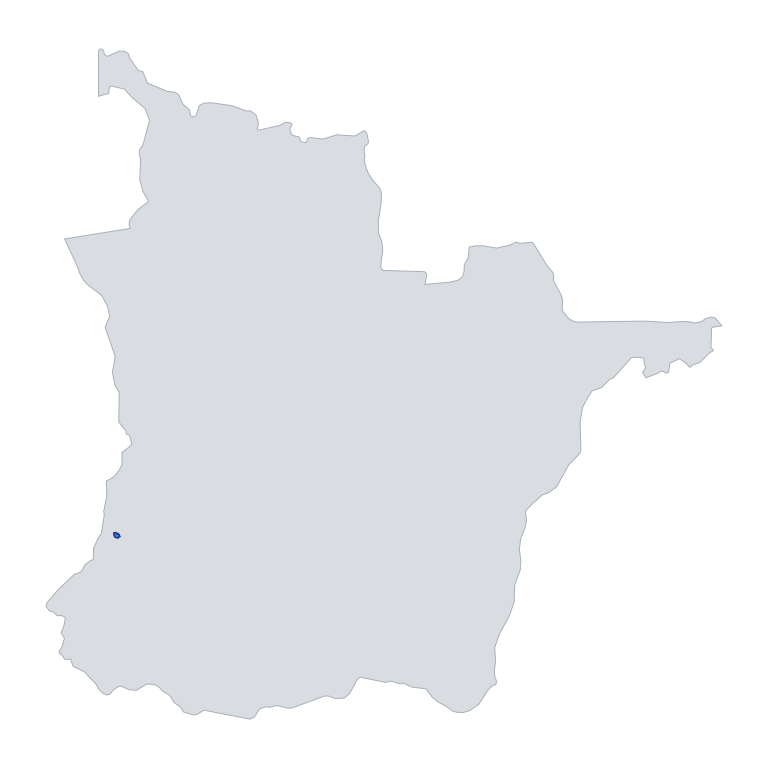 Butembo, Nord-Kivu, Democratic Republic of the Congo (highlighted), rotated 180°
{"feature_id": "63176286B17770065929195", "entity_name": "Butembo", "entity_type": "district", "adm_level": 2, "iso_a3": "COD", "parent_name": "Democratic Republic of the Congo", "parent_adm1": "Nord-Kivu", "projection": "mercator", "projection_center": [29.271, 0.138], "detail": "fine", "context": "in_parent", "style": "filled", "palette": "blue", "viewbox_px": 768, "rotation_deg": 180, "n_neighbors": 0, "source": "geoboundaries", "source_scale": "gbopen_adm2", "svg_char_len": 4328}
<svg xmlns="http://www.w3.org/2000/svg" viewBox="0 0 768 768"><g transform="rotate(180 384 384)"><path d="M703.4,529.1L637.7,539.6L639.0,543.3L638.4,547.3L636.7,550.3L630.0,558.5L620.0,566.1L620.0,567.9L625.0,576.3L628.2,587.9L627.4,608.3L628.7,613.8L628.5,618.1L625.1,622.9L618.5,647.5L622.9,659.4L636.0,670.6L643.6,678.9L656.4,681.9L658.5,681.4L659.3,674.5L669.5,671.8L669.5,716.0L668.8,718.5L666.9,719.1L664.4,717.6L663.6,713.4L660.9,711.6L648.4,717.0L645.2,716.9L641.8,716.0L639.2,713.7L638.5,710.3L629.7,697.5L625.4,696.6L620.5,685.0L600.8,676.5L593.2,675.9L589.3,673.3L585.4,664.2L578.8,658.4L577.3,651.9L576.0,651.0L572.0,652.3L568.6,662.5L564.1,664.9L556.1,665.2L535.8,662.2L521.4,656.9L517.6,657.3L511.8,652.6L509.5,644.7L510.8,638.6L509.7,637.7L487.7,642.8L482.4,645.9L477.4,645.1L475.9,643.4L478.1,639.2L477.0,634.7L475.3,632.6L468.8,631.0L466.8,626.1L462.8,625.4L461.5,626.1L460.5,629.4L458.1,630.5L445.0,628.9L431.2,633.2L413.0,632.0L404.2,637.2L403.0,637.0L401.1,634.4L399.4,626.1L400.3,623.9L403.0,622.2L404.0,618.9L403.1,610.3L403.8,608.3L402.8,603.3L400.1,595.4L396.2,589.0L388.0,579.4L386.5,574.8L387.0,564.1L389.7,547.0L389.4,534.4L386.0,526.2L385.3,517.3L387.5,501.4L385.3,497.6L343.7,496.3L342.0,495.1L341.2,492.9L343.1,483.5L317.7,485.9L310.1,487.7L305.4,491.6L303.9,496.4L303.7,503.3L299.9,509.8L298.8,521.0L291.8,522.2L284.7,522.2L271.2,519.9L258.0,523.0L251.6,526.0L248.2,524.6L236.3,525.7L234.8,524.9L221.3,502.9L215.3,495.6L214.1,492.0L214.6,488.6L212.9,484.0L206.7,472.8L205.5,467.5L205.8,459.3L205.1,456.6L199.4,449.5L195.6,447.1L191.5,445.9L123.6,446.9L101.1,445.5L84.7,446.5L76.4,445.9L74.1,444.9L66.6,446.3L62.6,449.3L56.7,450.9L53.1,450.2L46.1,442.1L55.7,440.7L56.4,439.9L57.0,420.4L54.5,417.6L59.6,414.3L67.9,405.7L76.0,402.7L77.1,400.9L78.8,401.0L81.7,404.6L88.7,409.3L97.3,405.2L98.3,404.0L99.4,395.7L101.5,394.9L105.2,396.7L107.3,396.7L111.1,394.4L122.1,390.2L125.4,395.5L122.4,400.3L123.7,403.8L124.0,409.1L125.8,410.3L134.5,410.9L137.1,409.6L154.4,390.5L158.9,388.2L166.2,380.6L175.8,377.2L180.0,371.2L185.5,360.5L188.0,345.1L187.1,318.4L188.0,314.8L199.5,302.8L211.5,281.0L219.6,275.3L225.7,273.0L235.0,265.0L242.5,257.0L241.5,247.4L243.2,239.4L247.3,229.3L248.6,218.5L247.2,207.2L247.8,197.9L253.3,183.1L253.8,166.2L258.8,151.9L268.7,133.8L273.3,120.3L272.4,107.0L273.7,97.2L273.2,91.5L271.4,86.5L272.3,83.3L276.1,82.0L280.7,77.0L289.1,63.9L298.2,57.5L304.5,55.5L311.0,55.7L315.3,56.9L322.2,62.0L330.2,66.1L336.1,71.2L342.0,79.2L356.1,80.9L362.1,83.8L365.8,84.9L367.1,84.1L370.0,84.6L376.7,86.9L382.0,85.6L408.1,90.8L411.0,88.2L418.3,74.6L423.7,69.9L432.7,69.4L439.6,72.0L443.3,72.0L475.3,60.3L479.5,59.7L491.1,62.5L498.7,60.7L501.8,61.2L508.3,59.2L513.6,50.9L518.1,48.9L564.1,57.8L571.1,53.5L574.4,53.0L584.7,56.2L587.8,61.2L593.9,65.5L598.3,72.7L605.1,76.7L608.6,80.5L612.6,83.2L621.0,84.1L631.6,77.7L639.1,78.3L646.7,81.8L649.3,81.7L654.9,77.9L657.9,73.9L660.9,73.0L665.3,74.8L668.9,78.5L672.1,84.0L683.7,96.3L694.8,101.5L697.5,109.0L701.6,108.3L703.6,109.0L706.5,113.7L708.5,114.7L708.9,116.6L706.1,121.1L703.5,129.7L706.9,134.9L704.0,142.6L702.6,150.5L706.2,152.4L710.9,152.3L715.1,156.4L718.5,157.1L721.9,161.4L721.2,165.1L710.2,177.9L693.7,193.6L688.1,195.5L685.3,198.5L683.2,203.0L678.4,206.9L674.7,208.5L674.4,219.9L668.9,231.7L666.7,234.1L663.7,253.2L664.3,256.5L661.2,272.2L661.7,286.8L653.8,291.4L648.3,298.6L645.9,303.5L646.0,315.4L636.9,322.7L636.2,324.3L638.5,332.7L641.8,334.1L641.9,336.9L649.2,345.9L648.8,373.6L649.2,376.3L653.0,382.9L655.6,395.5L652.8,411.5L662.8,440.8L658.3,451.6L660.5,461.9L666.5,472.7L680.5,483.4L684.3,487.7L687.9,493.7L691.2,502.9L703.4,529.1Z" fill="#d9dde1" stroke="#a8b0b8" stroke-width="1"/><path d="M654.1,235.2L653.8,234.1L654.1,234.0L654.2,233.7L654.0,233.0L653.8,232.6L653.7,231.7L653.4,231.3L653.0,230.8L652.8,230.7L652.4,230.5L652.0,230.5L651.6,230.6L651.4,230.7L651.0,230.3L650.9,230.0L650.5,230.0L650.1,230.0L649.7,230.1L649.3,231.0L649.1,231.3L648.8,231.3L648.5,231.3L648.3,231.2L648.0,231.6L648.3,231.8L648.5,231.9L648.6,232.2L648.6,232.4L648.8,233.4L649.0,233.5L649.4,233.8L649.6,234.0L649.7,234.3L649.9,234.4L650.1,234.5L650.3,234.6L650.5,234.3L650.6,234.1L650.6,233.9L650.8,233.8L650.9,233.7L651.0,233.8L651.2,234.1L651.6,234.6L651.7,235.0L652.0,235.4L654.1,235.2Z" fill="#3b82f6" stroke="#1e3a8a" stroke-width="1.5"/></g></svg>